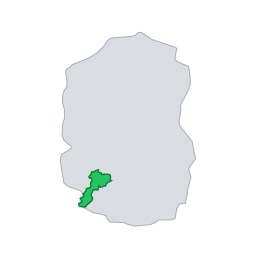 Gostivar highlighted on a map of North Macedonia, rotated 286°
{"feature_id": "MKD-2962", "entity_name": "Gostivar", "entity_type": "Statistical Region", "adm_level": 1, "iso_a3": "MKD", "parent_name": "North Macedonia", "parent_adm1": "", "projection": "albers", "projection_center": [20.862, 41.749], "detail": "fine", "context": "in_parent", "style": "filled", "palette": "green", "viewbox_px": 256, "rotation_deg": 286, "n_neighbors": 0, "source": "natural_earth", "source_scale": "10m", "svg_char_len": 2382}
<svg xmlns="http://www.w3.org/2000/svg" viewBox="0 0 256 256"><g transform="rotate(286 128 128)"><path d="M115.3,63.9L119.5,64.4L128.4,61.7L133.9,58.1L136.8,57.6L140.5,56.2L146.0,56.3L151.5,57.8L158.5,55.6L165.3,52.2L168.0,53.0L171.1,55.8L173.1,56.5L184.7,71.2L191.1,77.1L198.6,81.5L207.1,84.6L210.2,87.8L216.0,103.5L218.7,109.4L222.3,111.1L223.2,112.8L223.4,115.1L219.7,126.4L218.6,151.3L217.7,153.3L213.4,153.3L207.8,154.0L205.6,156.0L203.7,169.4L194.6,173.5L186.4,175.8L179.4,175.4L167.0,172.5L163.0,172.2L159.6,174.0L148.7,175.1L143.9,177.6L132.8,193.4L121.4,198.9L117.5,201.7L108.7,198.3L104.5,197.9L98.4,202.0L85.1,202.4L81.5,203.1L71.2,203.8L70.8,201.6L68.9,198.5L64.1,197.0L54.3,198.3L52.0,195.9L48.0,182.6L44.8,180.5L41.3,176.0L35.5,161.5L35.3,155.1L35.8,149.6L32.6,136.6L34.6,133.3L37.6,131.3L37.7,126.1L36.9,118.1L40.5,102.5L41.5,101.4L42.4,102.2L51.1,103.4L53.3,101.5L54.7,98.4L55.2,87.0L57.3,81.7L78.1,71.7L84.3,71.3L89.0,75.9L92.7,78.8L95.0,78.7L95.8,75.7L98.3,70.0L102.6,66.7L115.2,63.9L115.3,63.9Z" fill="#d9dde1" stroke="#a8b0b8" stroke-width="1"/><path d="M40.3,108.8L40.1,107.4L39.5,104.8L39.6,104.3L39.6,102.6L41.5,101.5L43.3,103.3L44.2,103.8L45.4,103.7L45.9,103.3L46.7,101.8L47.2,101.4L47.9,101.9L49.3,103.9L50.0,104.4L51.7,103.9L52.5,102.9L53.4,103.9L55.0,104.5L55.3,104.7L56.3,104.8L57.3,104.8L58.3,104.9L58.8,105.5L59.3,106.8L59.7,107.4L61.0,108.2L62.3,108.4L63.2,107.6L65.1,107.3L67.5,107.9L68.9,107.4L69.7,106.6L69.5,105.9L69.3,105.0L69.7,104.4L70.0,104.1L70.5,103.9L71.1,104.1L72.6,105.0L74.2,105.2L75.4,105.2L75.8,105.2L76.0,106.0L75.9,106.7L76.5,107.4L77.9,108.5L78.7,109.6L79.3,110.4L79.7,111.1L79.3,111.2L77.7,111.3L77.3,112.2L77.3,113.7L77.3,114.7L77.1,115.1L76.5,115.1L76.1,115.4L76.0,116.0L76.4,117.0L77.1,117.5L77.2,118.4L77.2,119.2L77.4,119.7L77.7,120.2L78.0,120.9L78.1,122.6L77.8,124.0L77.7,124.0L77.3,124.0L76.6,124.5L75.8,124.7L74.9,125.0L73.9,125.1L73.1,125.7L72.7,125.9L72.7,126.4L72.0,125.7L71.4,125.1L70.8,124.1L69.6,123.3L68.5,122.7L67.0,122.3L66.1,122.4L66.0,121.5L64.9,120.2L63.9,118.7L63.4,117.6L63.8,117.1L64.4,116.5L64.4,116.0L63.7,115.9L62.5,115.9L61.6,115.9L60.7,116.5L60.0,115.7L59.8,113.7L58.9,112.1L58.4,111.5L57.3,111.4L55.9,111.2L54.5,111.0L52.9,111.0L52.2,111.8L51.5,112.8L50.7,113.4L49.1,113.3L47.6,113.0L46.4,112.0L44.7,111.2L44.0,110.3L42.4,109.7L40.3,108.8Z" fill="#22c55e" stroke="#15803d" stroke-width="1.5"/></g></svg>